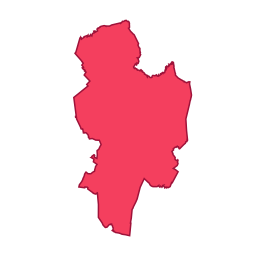 Berkelland, Gelderland, Netherlands, rotated 96°
{"feature_id": "6326949B96669019426650", "entity_name": "Berkelland", "entity_type": "district", "adm_level": 2, "iso_a3": "NLD", "parent_name": "Netherlands", "parent_adm1": "Gelderland", "projection": "equal_earth", "projection_center": [6.555, 52.102], "detail": "fine", "context": "isolated", "style": "filled", "palette": "rose", "viewbox_px": 256, "rotation_deg": 96, "n_neighbors": 0, "source": "geoboundaries", "source_scale": "gbopen_adm2", "svg_char_len": 5531}
<svg xmlns="http://www.w3.org/2000/svg" viewBox="0 0 256 256"><g transform="rotate(96 128 128)"><path d="M166.3,73.6L164.4,76.5L163.5,78.7L160.2,75.2L158.1,74.5L157.7,74.3L157.7,74.1L157.7,74.6L156.8,75.3L155.8,75.0L155.4,75.1L154.9,74.9L154.5,75.2L155.3,75.7L155.2,76.3L154.9,76.8L154.9,77.1L154.4,77.5L154.4,77.8L153.6,78.1L152.4,78.0L149.8,80.4L148.7,80.9L148.3,81.0L148.3,80.9L147.9,81.1L146.8,81.9L145.0,80.4L143.9,80.8L143.6,80.5L142.8,79.7L142.5,79.6L142.5,79.3L141.2,77.4L141.6,77.4L141.3,77.0L141.4,76.2L141.6,76.3L142.1,75.8L142.0,75.7L143.2,75.0L143.3,74.5L138.8,70.9L137.2,69.4L136.1,69.0L135.7,69.0L135.7,68.7L134.9,68.0L134.3,68.0L134.6,67.8L133.9,67.5L124.5,69.5L113.0,71.4L98.1,69.4L94.7,69.1L93.5,68.8L90.8,68.5L90.7,68.4L88.6,68.3L82.9,69.8L77.8,71.4L76.2,71.4L75.7,71.3L75.6,72.2L76.2,73.1L76.3,73.7L76.8,74.2L76.9,74.4L76.7,75.0L76.4,75.5L76.3,76.5L75.9,76.8L76.1,77.1L75.7,77.3L75.3,78.4L74.7,79.5L74.7,80.0L74.4,80.4L73.0,83.4L72.4,84.1L71.5,85.1L70.6,86.3L68.9,86.5L67.8,87.1L63.7,88.4L63.6,88.6L63.1,88.8L62.8,88.7L61.9,88.7L61.5,88.9L60.6,88.9L60.2,89.5L59.2,89.4L58.6,89.8L58.1,89.7L57.9,90.1L57.3,90.2L58.5,90.6L57.7,90.9L57.9,91.4L58.0,91.4L58.1,91.1L58.5,91.2L58.8,91.6L59.6,91.6L59.4,92.1L59.5,92.2L60.1,91.9L60.3,92.0L60.4,92.3L59.9,92.5L60.4,92.8L60.5,93.3L60.4,93.8L60.9,93.5L61.1,93.9L61.4,94.2L61.6,94.1L61.5,93.5L62.0,93.6L62.4,94.1L62.4,94.4L62.8,94.4L62.9,95.3L62.6,95.8L62.9,95.8L63.3,96.0L62.8,96.3L63.3,96.9L63.5,96.9L63.6,96.3L63.8,96.3L64.0,96.3L64.1,96.8L64.4,96.9L65.1,96.7L64.9,96.3L64.2,96.1L64.4,95.8L64.7,95.9L65.2,96.0L65.2,96.3L66.2,96.4L66.2,96.6L66.0,96.9L66.6,97.2L66.9,96.8L67.5,97.1L69.1,97.4L69.3,97.9L69.3,98.5L69.9,98.8L69.1,99.2L69.6,99.8L70.1,100.1L70.1,100.4L70.6,100.5L70.4,100.7L70.6,101.3L71.0,101.5L71.2,101.2L71.4,101.2L72.4,102.0L72.5,102.4L72.9,102.7L72.9,102.9L72.4,103.2L73.1,103.3L73.4,103.5L73.4,103.8L73.1,104.3L73.0,104.9L72.2,105.2L72.8,106.2L73.2,106.5L73.1,108.5L73.2,109.0L74.2,109.5L75.1,109.5L75.4,110.2L75.5,111.2L75.0,112.0L74.4,112.5L74.3,113.1L74.0,113.7L74.9,114.0L74.7,114.1L75.0,114.2L74.2,114.6L73.8,114.6L73.5,114.9L73.3,115.8L73.0,116.4L72.7,117.2L72.1,117.1L70.9,118.5L70.9,119.1L70.6,119.7L69.8,119.7L69.8,120.2L69.2,120.6L69.6,121.0L68.9,121.4L69.5,122.0L69.8,122.3L69.3,123.4L69.5,124.7L68.9,125.0L69.0,125.1L68.7,125.6L68.3,125.7L67.9,126.9L67.6,127.0L67.7,128.1L67.8,128.1L67.4,128.6L67.1,128.5L66.5,128.8L65.6,128.2L64.2,127.7L63.8,127.5L64.2,127.3L63.8,126.8L64.3,126.1L62.5,125.9L63.0,125.3L62.7,124.7L61.0,124.3L60.4,124.2L58.3,125.2L58.1,125.0L57.3,126.1L56.5,124.1L53.6,123.1L53.0,123.6L52.0,123.9L51.8,123.9L51.6,123.6L50.1,124.2L47.5,124.5L46.9,125.4L45.1,126.4L44.4,126.8L43.1,126.3L34.8,131.5L34.4,131.9L34.2,132.4L32.0,135.0L31.9,135.3L28.7,137.9L28.3,137.3L27.7,137.0L23.9,137.6L23.7,137.5L22.5,138.1L21.9,138.7L22.2,139.4L21.1,141.2L21.8,142.4L21.7,142.5L21.8,142.6L22.5,143.5L22.5,144.7L23.7,145.3L24.7,146.4L24.3,146.6L27.2,154.9L28.6,157.1L28.9,160.7L29.1,160.7L28.7,161.6L28.7,162.5L29.7,165.4L30.2,166.3L30.5,166.2L31.6,167.6L32.1,167.8L32.2,168.2L31.9,168.4L32.9,169.2L34.6,168.4L36.0,170.4L34.9,171.0L35.3,172.2L36.9,171.6L37.7,173.2L40.2,173.6L39.0,175.0L40.8,175.6L40.5,176.3L41.5,177.9L40.0,177.7L40.1,177.8L41.8,181.2L42.2,181.0L44.5,183.6L43.2,184.0L43.4,184.5L42.7,184.7L43.6,185.2L58.3,187.8L58.3,188.0L59.3,188.5L65.8,181.5L66.7,180.6L66.8,180.7L68.3,179.3L70.3,180.5L72.2,178.6L73.0,179.8L74.2,178.6L74.1,178.4L74.9,177.6L74.6,177.3L75.2,176.7L75.9,177.1L76.8,175.6L79.9,177.1L85.3,170.8L89.0,173.6L90.4,172.2L103.3,185.1L121.3,180.8L121.8,181.4L122.8,181.2L122.7,180.4L124.3,180.1L131.8,175.5L132.9,174.9L133.7,174.7L133.8,174.4L133.9,173.6L133.7,173.4L134.2,173.0L134.1,172.8L137.3,171.9L137.1,171.5L136.9,171.4L137.2,171.0L137.5,171.0L137.1,169.4L137.5,168.6L138.0,168.2L138.8,167.1L140.2,166.6L140.4,166.3L141.3,166.4L141.7,165.9L142.9,165.2L142.2,162.4L143.4,158.8L143.2,155.2L147.3,153.0L148.9,153.7L152.3,154.9L153.5,156.2L153.8,156.4L158.0,155.7L161.5,155.8L160.6,158.4L158.7,158.3L158.3,158.7L158.5,159.0L158.3,159.2L159.9,160.9L161.0,161.2L161.2,161.6L162.6,158.6L165.2,158.9L167.4,155.0L169.9,156.3L170.7,156.3L172.9,156.7L174.6,156.8L175.2,157.9L175.5,158.2L176.1,159.0L177.0,159.6L177.5,160.8L177.6,163.2L176.3,164.9L176.3,165.3L178.6,166.4L179.2,166.3L181.2,166.8L182.0,167.1L182.7,167.4L184.0,167.6L186.3,168.5L189.5,170.4L191.8,170.7L192.0,164.8L191.1,164.6L191.2,164.2L191.1,162.4L191.5,161.7L192.8,161.7L196.2,155.9L196.5,155.8L197.1,153.5L196.9,152.8L196.3,152.6L195.8,151.7L196.6,151.5L207.2,149.4L220.0,148.1L225.1,143.8L227.2,142.6L229.2,140.3L229.3,140.0L228.8,138.5L226.0,136.5L225.7,135.7L225.4,135.2L225.8,135.0L225.4,134.3L226.0,134.2L226.6,133.3L227.9,133.0L228.8,132.3L230.6,132.2L231.6,133.0L231.8,132.7L231.9,132.1L232.4,131.4L231.9,131.3L232.5,130.6L233.2,129.6L233.4,126.1L233.6,125.1L233.8,124.2L234.1,123.5L234.3,122.2L234.4,119.4L234.9,115.1L222.4,115.2L222.4,115.6L221.4,115.6L217.2,115.3L208.6,115.4L207.2,114.7L205.8,114.4L200.8,112.5L197.6,111.5L185.7,109.7L176.6,106.6L179.9,102.3L180.4,101.4L182.7,99.7L183.4,98.3L183.7,97.1L183.3,93.0L181.9,91.4L182.7,91.3L183.4,90.2L182.9,90.0L182.9,89.6L182.5,89.5L182.8,88.7L183.0,88.4L182.9,88.3L182.9,88.2L183.2,88.0L182.5,87.5L181.5,87.4L181.3,86.9L181.6,87.1L181.9,87.0L181.9,86.7L182.0,86.3L182.7,85.7L183.6,85.3L183.4,85.1L183.3,84.3L183.0,84.2L183.5,83.3L183.1,83.1L182.9,83.4L182.7,83.2L183.1,81.8L181.9,80.0L178.1,79.0L178.4,78.8L177.9,78.3L166.3,73.6Z" fill="#f43f5e" stroke="#9f1239" stroke-width="1.5"/></g></svg>